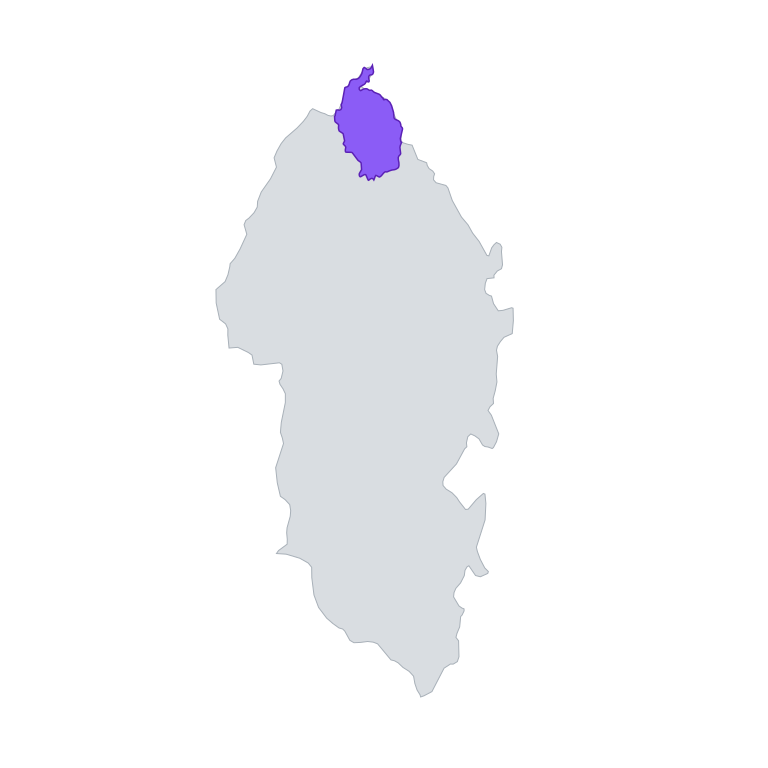 Karlovarský on a map of Czechia (Natural Earth projection), rotated 77°
{"feature_id": "CZE-1590", "entity_name": "Karlovarský", "entity_type": "Region", "adm_level": 1, "iso_a3": "CZE", "parent_name": "Czechia", "parent_adm1": "", "projection": "natural_earth1", "projection_center": [12.693, 50.171], "detail": "fine", "context": "in_parent", "style": "filled", "palette": "violet", "viewbox_px": 768, "rotation_deg": 77, "n_neighbors": 0, "source": "natural_earth", "source_scale": "10m", "svg_char_len": 5398}
<svg xmlns="http://www.w3.org/2000/svg" viewBox="0 0 768 768"><g transform="rotate(77 384 384)"><path d="M697.2,418.7L694.9,418.8L689.6,420.6L682.8,421.3L675.4,420.9L669.7,424.1L664.4,429.3L658.9,432.9L656.0,436.1L654.4,439.3L635.7,448.7L633.1,452.6L631.2,457.9L630.5,465.1L629.3,471.5L626.1,474.9L615.9,477.8L613.4,479.4L611.6,482.7L605.9,487.7L599.3,492.5L587.0,498.0L573.8,499.7L556.4,497.9L546.3,495.7L541.4,498.1L534.8,505.3L527.8,517.6L525.0,526.9L522.6,524.3L518.3,514.4L513.6,513.2L507.1,512.3L502.3,510.8L491.8,505.1L486.4,503.4L480.3,503.0L474.5,506.3L470.1,510.2L456.3,510.2L441.2,508.4L419.4,495.3L413.8,495.2L407.8,495.8L398.3,492.7L379.9,484.3L371.3,482.3L365.9,483.5L361.0,485.4L357.5,485.6L355.4,482.9L348.6,479.5L341.8,479.1L339.8,481.1L337.7,499.7L335.4,506.4L326.1,506.1L322.7,509.2L315.4,518.2L314.1,526.9L301.3,525.2L295.2,523.7L289.8,524.8L283.9,529.6L267.3,529.3L254.2,526.5L248.5,515.8L242.5,511.5L234.9,507.8L232.2,506.9L228.0,501.1L220.1,493.9L207.3,484.0L197.3,484.5L193.6,481.9L192.0,478.3L187.8,472.0L183.1,467.7L177.5,466.0L169.3,460.4L158.5,448.4L148.5,440.0L138.9,440.2L132.8,435.8L126.6,430.1L122.1,424.5L115.0,411.1L109.9,403.4L105.9,398.6L101.4,394.7L99.7,391.6L105.3,384.4L107.3,380.9L109.7,378.1L111.0,375.3L111.0,373.1L106.0,366.0L99.2,360.9L89.2,355.8L82.9,349.3L80.6,343.3L79.9,340.0L75.5,335.6L72.0,329.1L72.1,325.1L72.9,324.0L76.2,324.1L79.9,326.7L85.1,331.8L89.3,339.3L92.0,336.5L96.9,328.5L105.6,319.5L114.5,314.3L122.4,313.9L129.0,312.5L134.4,309.9L143.9,310.9L150.8,312.8L153.0,311.6L155.8,306.9L157.6,302.9L172.8,300.5L178.0,292.7L180.9,292.7L184.3,291.6L187.5,288.6L190.6,287.4L193.0,288.9L196.2,289.8L199.6,288.0L204.5,279.0L207.3,277.6L220.6,276.2L238.7,271.0L247.9,266.3L256.9,263.7L266.6,259.2L281.9,254.8L282.7,253.0L275.5,248.4L273.1,245.6L271.4,242.6L273.9,239.4L277.3,238.4L281.6,239.8L294.5,241.7L298.1,243.6L299.4,248.2L302.7,252.4L305.3,252.9L304.5,259.9L308.6,262.6L314.6,264.7L318.6,264.2L321.4,261.4L322.5,259.5L330.4,259.2L338.4,256.2L339.0,251.4L338.4,242.5L339.2,241.2L351.4,243.7L363.7,247.7L365.5,256.6L368.8,261.0L372.7,265.0L376.4,266.8L382.8,267.1L399.5,272.4L407.4,273.5L415.7,277.2L422.6,280.9L427.6,281.7L430.0,285.8L433.2,288.6L438.6,286.4L458.4,283.4L465.6,287.4L470.6,291.7L471.2,293.1L468.8,296.8L467.6,299.8L465.6,301.7L458.8,303.8L455.0,307.1L452.2,310.7L454.2,314.2L459.8,316.9L463.8,317.4L465.3,320.0L478.2,331.4L488.5,346.4L492.5,348.7L496.2,349.3L500.4,347.1L505.3,342.2L511.0,338.7L515.9,336.9L524.6,332.8L524.9,330.1L517.4,320.0L513.0,311.8L514.0,310.4L523.3,311.6L539.2,316.1L563.8,330.7L568.2,330.7L576.7,329.6L585.9,327.2L590.2,324.5L591.9,325.5L593.5,333.5L591.2,337.9L580.2,342.2L580.9,344.3L583.8,347.0L588.8,348.9L595.0,354.1L599.3,360.0L603.0,362.7L607.1,364.1L617.1,360.9L619.9,358.4L621.1,356.6L623.1,357.0L626.7,359.9L627.8,361.6L637.7,364.9L643.4,369.0L647.1,370.9L651.0,369.1L666.6,372.3L671.0,375.0L672.5,379.6L671.8,382.3L674.4,389.4L694.5,406.5L696.8,415.2L697.2,418.7Z" fill="#d9dde1" stroke="#a8b0b8" stroke-width="1"/><path d="M151.7,313.1L152.4,312.5L155.5,314.6L157.1,315.3L163.1,315.9L163.7,316.2L164.2,316.7L164.8,317.7L165.5,318.5L166.6,319.2L168.9,319.6L171.7,319.7L174.3,320.2L175.8,320.9L176.4,321.4L176.8,322.2L177.3,323.7L177.5,324.8L177.5,325.8L177.3,328.3L177.4,329.1L177.5,330.5L177.8,332.0L178.0,333.2L177.9,333.9L177.7,334.4L177.5,335.0L177.8,335.9L178.5,337.1L180.4,339.6L181.1,340.9L181.3,341.9L181.0,342.4L180.6,342.9L179.3,344.3L179.1,344.6L178.9,345.1L179.2,345.4L179.9,346.0L181.8,347.2L182.9,348.0L182.0,348.3L181.4,348.8L181.0,349.4L180.9,350.1L181.0,350.9L181.3,351.6L181.9,352.8L182.0,353.3L181.6,353.6L176.2,354.6L175.8,354.9L175.7,355.4L175.6,355.9L175.7,356.6L176.8,360.1L176.7,360.6L176.3,360.9L175.8,361.1L174.6,361.1L173.4,360.7L170.0,357.6L163.7,356.6L163.2,356.7L162.3,357.2L160.3,359.0L151.7,362.8L151.2,363.2L150.9,363.8L149.6,368.8L149.2,369.2L148.6,369.3L147.1,369.0L144.7,368.0L144.4,368.0L143.6,368.2L141.3,369.6L141.0,369.6L140.6,369.6L140.3,369.4L138.3,367.7L131.1,367.5L130.5,367.8L127.7,370.5L127.2,370.8L125.9,370.9L124.3,370.8L121.6,370.0L121.1,370.0L120.6,370.2L118.1,372.2L117.4,372.6L116.5,372.7L112.1,372.0L111.5,371.2L110.2,370.7L106.4,368.9L106.5,367.6L107.2,366.0L106.9,364.3L105.4,363.1L102.0,362.8L100.6,361.6L86.5,355.5L86.2,354.7L86.2,353.6L86.0,352.4L85.2,351.3L83.8,350.3L82.4,349.6L81.1,348.6L80.3,346.8L80.2,345.1L80.9,342.4L80.6,340.6L79.9,339.2L78.9,337.9L76.6,335.8L72.0,333.5L71.1,332.1L72.3,330.7L73.2,330.2L73.8,329.6L74.0,328.1L73.7,326.4L72.9,325.4L70.8,323.6L73.1,323.7L77.6,324.0L79.3,325.0L79.9,326.1L79.8,328.1L80.2,329.0L81.2,329.8L82.6,330.1L85.2,330.2L85.9,330.5L86.2,330.9L86.1,331.4L85.7,332.1L85.3,332.2L85.2,332.3L85.0,332.5L84.9,332.8L85.0,333.0L85.2,333.3L86.8,334.6L87.2,335.1L87.6,335.9L87.8,336.6L87.9,337.2L89.0,340.4L89.9,341.6L91.5,341.8L92.8,341.0L92.8,340.0L92.2,338.7L92.0,337.2L92.2,335.1L92.7,334.0L94.6,332.1L94.8,330.2L95.6,329.3L96.6,328.7L97.7,327.8L100.5,323.6L101.5,322.7L104.2,321.5L105.3,320.7L105.7,320.5L106.5,320.6L106.9,320.4L107.1,320.0L107.0,319.5L106.9,319.1L106.9,318.9L107.1,318.3L107.3,317.7L107.6,317.1L108.3,316.7L110.9,314.9L114.6,314.0L121.5,313.6L126.4,314.3L127.6,314.2L128.7,313.4L130.7,310.8L131.9,309.8L133.4,309.4L134.9,309.3L136.5,309.5L137.1,309.3L138.4,308.6L139.2,308.5L140.0,308.7L148.5,312.9L151.7,313.1Z" fill="#8b5cf6" stroke="#5b21b6" stroke-width="1.5"/></g></svg>